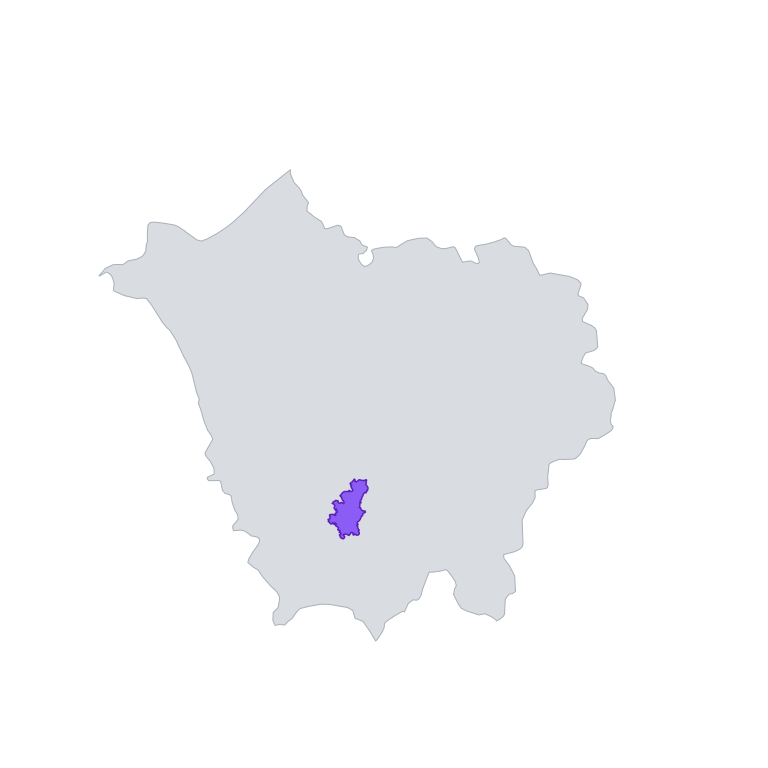 Svietlahorsk, Gomel, Belarus shown in context, rotated 58°
{"feature_id": "67162791B63369954237676", "entity_name": "Svietlahorsk", "entity_type": "district", "adm_level": 2, "iso_a3": "BLR", "parent_name": "Belarus", "parent_adm1": "Gomel", "projection": "albers", "projection_center": [29.503, 52.681], "detail": "fine", "context": "in_parent", "style": "filled", "palette": "violet", "viewbox_px": 768, "rotation_deg": 58, "n_neighbors": 0, "source": "geoboundaries", "source_scale": "gbopen_adm2", "svg_char_len": 9580}
<svg xmlns="http://www.w3.org/2000/svg" viewBox="0 0 768 768"><g transform="rotate(58 384 384)"><path d="M597.5,527.3L586.9,527.0L574.3,527.6L567.3,532.7L559.6,530.5L554.2,533.4L541.9,547.2L537.1,554.6L532.6,566.0L529.9,574.4L531.5,580.2L534.0,585.6L534.6,591.5L535.8,596.1L532.7,599.5L531.0,604.3L525.6,603.5L519.0,599.0L517.5,592.3L512.5,587.7L509.1,585.3L503.7,585.0L495.0,587.2L483.6,589.0L475.0,589.4L470.3,591.8L463.3,594.1L460.6,591.3L456.8,583.8L453.7,576.2L451.5,572.9L449.7,571.9L447.4,572.1L444.7,574.5L442.7,576.9L435.4,579.7L432.3,582.4L428.7,589.3L426.4,588.8L424.0,587.2L421.4,579.3L417.6,577.5L411.6,577.3L404.2,575.6L398.2,573.1L396.0,573.6L392.3,576.9L388.4,577.3L379.9,574.1L378.2,575.4L373.1,583.9L370.8,584.2L369.5,583.1L370.4,575.7L365.5,572.9L357.2,572.3L351.3,573.2L348.4,572.8L347.0,571.3L340.2,558.6L336.5,557.7L329.7,558.1L319.7,556.2L308.3,552.9L302.0,551.6L298.8,548.7L291.8,547.4L273.0,541.2L265.3,539.9L253.9,539.2L236.5,537.1L225.4,537.1L220.1,538.5L214.1,539.2L193.3,539.3L185.8,540.1L183.5,542.6L180.7,548.2L171.4,557.4L162.6,563.4L161.0,563.8L156.4,560.0L152.5,558.5L147.8,557.7L144.3,558.6L142.0,560.0L141.7,567.7L141.2,568.3L138.3,559.0L139.2,550.8L141.7,546.2L144.5,542.2L144.0,535.8L147.1,527.6L147.6,521.6L146.8,518.8L145.1,515.7L140.0,511.9L137.9,509.1L130.9,504.9L124.2,500.0L123.2,497.2L123.7,495.4L125.2,492.7L131.3,485.1L137.9,477.7L141.9,474.8L162.7,466.3L166.1,463.0L167.3,457.0L167.9,444.9L167.6,433.8L166.7,426.0L164.0,411.4L156.2,381.1L152.7,350.0L156.5,352.1L165.7,353.5L173.2,352.0L177.0,352.0L180.4,352.9L190.2,351.9L192.4,354.9L196.5,357.6L205.3,354.7L213.1,350.9L220.9,351.9L222.2,349.9L224.8,339.1L227.3,336.9L236.5,338.6L240.1,336.8L244.0,331.7L249.7,328.7L254.3,329.0L259.2,325.5L261.4,328.1L262.3,332.7L260.5,336.2L261.2,337.6L264.4,339.6L270.1,339.8L273.8,338.5L274.7,336.5L274.9,332.8L274.2,329.3L271.9,326.2L267.5,324.4L264.4,324.1L264.0,322.2L265.2,318.2L268.4,310.8L272.2,304.2L274.4,301.8L274.9,299.4L274.7,295.3L275.0,287.9L278.6,277.7L283.0,270.2L288.6,267.9L295.3,266.9L299.8,263.4L302.1,259.2L304.2,252.6L306.4,251.4L322.3,252.9L325.0,246.3L326.4,244.5L329.6,242.7L331.8,240.4L331.1,238.5L327.0,237.2L317.5,235.8L315.7,233.5L316.4,230.8L319.2,224.1L322.0,215.3L323.5,208.5L323.8,204.5L325.3,203.4L333.0,202.5L335.7,201.2L342.6,192.1L347.7,190.7L360.7,193.5L366.7,193.5L374.3,194.3L374.9,193.4L377.9,184.3L391.1,169.7L398.0,164.7L402.4,163.7L403.9,164.0L410.6,172.0L412.2,172.3L416.8,169.1L424.8,168.9L428.4,171.7L433.6,181.3L436.3,182.5L444.0,177.2L448.3,175.5L451.1,175.5L465.7,183.0L466.7,185.4L466.8,188.2L464.5,196.9L467.6,202.3L471.1,205.9L478.6,199.9L481.4,198.3L484.4,198.2L488.4,195.9L491.4,192.6L494.2,191.4L499.5,192.2L509.2,191.3L520.6,196.4L521.6,198.0L527.3,204.1L529.4,207.1L531.3,208.1L534.3,211.0L538.4,212.9L541.2,212.2L542.6,213.2L543.9,215.6L544.1,219.6L543.9,231.1L539.9,237.3L539.4,239.4L539.6,241.9L543.0,246.8L547.3,254.5L548.4,259.0L548.5,262.3L542.9,272.3L541.0,274.7L539.8,279.6L539.2,284.6L539.6,286.6L549.4,294.3L556.7,298.4L558.4,300.5L558.5,301.8L554.9,310.3L554.6,312.6L560.4,316.0L563.7,321.4L566.8,330.4L572.5,338.9L593.4,350.9L595.3,353.1L596.0,355.8L595.5,361.7L592.1,373.1L595.7,374.7L604.8,373.9L616.0,374.9L629.6,382.4L629.8,385.9L628.6,389.2L629.6,392.6L631.2,395.5L643.2,403.9L644.4,406.4L644.8,410.8L644.6,413.9L641.4,414.7L637.9,416.4L632.2,420.4L630.1,425.9L620.9,433.7L615.2,437.3L610.5,437.6L599.3,436.5L595.3,432.9L593.5,429.6L589.2,428.2L583.5,428.3L575.7,429.1L574.1,430.1L572.9,434.3L569.8,441.4L567.5,445.5L577.8,459.2L583.0,464.8L584.7,468.2L584.7,470.8L582.4,473.8L583.0,479.7L588.1,487.4L586.5,488.7L586.3,498.3L586.6,508.6L588.0,511.0L590.7,513.0L593.1,516.6L597.1,525.1L597.5,527.3Z" fill="#d9dde1" stroke="#a8b0b8" stroke-width="1"/><path d="M465.7,454.5L465.0,454.2L464.6,453.5L464.3,453.1L463.6,452.6L463.0,452.5L462.0,452.5L461.0,452.5L460.4,452.6L459.4,452.5L458.9,452.0L458.4,451.3L457.8,451.1L457.1,450.9L456.9,450.3L456.6,449.9L456.1,449.7L455.8,449.8L455.6,450.3L455.6,450.7L455.5,451.2L455.2,451.7L455.1,452.3L454.9,452.8L454.4,453.4L453.7,454.1L453.3,454.5L452.7,455.1L452.3,455.6L452.0,456.0L452.0,456.5L452.3,457.0L452.4,457.5L452.3,457.9L452.3,458.5L452.4,459.0L452.2,459.3L451.9,459.7L451.5,460.1L451.1,460.2L450.7,459.9L450.4,459.4L450.0,459.3L449.4,459.5L449.0,459.6L449.3,460.5L449.8,461.8L450.0,462.6L450.2,463.1L450.3,463.8L450.2,464.4L450.3,465.3L450.6,465.5L451.1,465.6L451.4,465.6L451.7,465.6L452.0,465.3L452.4,465.1L452.6,465.1L452.6,465.6L452.8,466.1L453.2,466.2L453.6,466.2L454.0,466.3L454.3,466.5L454.7,466.7L455.2,466.5L455.8,466.6L456.5,466.6L457.0,466.6L457.4,466.7L457.7,466.9L458.0,467.3L458.1,467.8L457.8,468.3L457.6,468.7L457.5,469.4L457.1,469.9L456.7,469.9L456.4,469.6L456.0,469.7L455.8,470.0L455.9,470.5L456.2,471.0L456.0,471.8L455.6,472.4L455.0,473.2L454.6,473.8L454.3,474.6L454.1,475.6L454.2,476.3L454.3,476.8L454.5,477.6L454.6,478.0L454.8,478.4L455.0,478.7L455.3,479.0L455.3,479.3L455.2,479.6L455.2,480.0L455.3,480.3L455.6,480.4L456.1,480.5L456.4,480.3L456.7,480.2L457.3,479.9L457.6,480.1L458.0,480.3L458.4,480.3L458.8,480.4L459.1,480.5L459.6,480.5L459.9,480.6L460.3,480.7L460.7,480.7L460.9,480.6L461.4,480.4L461.7,480.5L462.0,480.5L462.3,480.5L462.9,480.4L463.2,480.5L463.5,480.7L463.8,481.0L463.9,481.3L463.9,481.8L463.4,482.1L462.7,482.3L462.2,482.5L461.9,482.9L461.7,483.3L461.7,483.7L461.8,484.0L461.9,484.3L461.4,485.0L461.2,485.2L460.9,485.4L460.2,485.5L459.8,485.5L459.5,485.3L459.2,485.0L458.8,484.9L458.5,485.2L458.3,485.4L458.1,485.7L457.7,486.0L457.3,486.3L457.1,486.8L457.2,487.1L457.5,487.4L457.4,487.8L457.1,488.3L457.1,489.0L457.1,489.4L457.2,489.9L457.6,490.2L457.9,490.6L457.9,491.0L458.6,490.7L459.0,490.4L459.6,490.1L460.1,490.0L460.8,490.1L461.2,490.2L461.6,490.8L462.0,491.3L462.5,491.8L462.9,492.1L463.3,492.2L463.7,492.1L464.0,491.8L464.3,491.6L464.5,491.1L464.8,490.6L465.1,490.7L465.2,491.1L465.2,491.6L465.3,492.0L465.8,492.2L466.2,491.9L466.5,491.4L466.8,491.1L467.1,491.1L467.5,491.5L468.0,491.9L468.0,492.2L467.9,492.5L467.9,492.8L467.9,493.4L467.9,493.7L468.0,494.1L468.5,494.2L468.9,494.2L469.4,494.3L469.8,494.6L469.8,494.8L469.4,495.2L469.2,495.3L468.5,495.7L468.0,496.0L467.6,496.3L467.3,496.7L467.1,497.1L466.7,497.7L466.6,498.2L466.3,498.6L466.1,499.1L466.3,499.6L466.8,499.9L467.8,500.3L468.4,500.4L469.0,500.8L469.4,501.1L469.6,501.6L469.5,502.1L469.4,502.5L469.2,502.8L469.4,503.3L469.7,503.3L470.1,503.0L470.4,503.0L470.7,503.3L470.9,503.8L471.1,504.1L471.5,504.0L471.8,503.8L472.0,503.5L472.5,503.5L473.0,503.6L473.7,503.5L474.5,503.3L474.8,502.8L474.8,502.5L475.0,502.1L474.9,501.9L474.6,501.4L474.5,501.0L474.7,500.6L474.9,500.4L475.3,500.2L475.6,500.3L475.9,500.5L476.2,500.7L476.4,500.8L476.7,500.7L476.7,500.4L476.6,500.1L476.4,499.9L476.2,499.2L476.2,498.9L476.6,498.7L477.2,498.7L477.5,498.8L477.8,499.0L477.9,499.4L478.0,499.7L478.6,500.1L478.9,500.0L479.3,499.7L479.8,499.5L480.6,499.2L481.3,498.8L481.6,498.9L482.0,499.1L482.4,499.5L482.7,500.0L482.9,500.3L483.3,500.3L483.7,500.2L484.0,500.0L484.3,499.8L484.4,499.6L484.5,499.4L484.7,499.0L484.9,499.0L485.2,499.1L485.5,499.4L485.7,499.9L485.7,500.2L486.0,500.5L486.3,500.2L486.6,500.0L487.0,499.8L487.3,499.8L487.6,499.8L487.9,499.8L488.3,499.6L488.5,500.0L488.4,500.3L488.5,500.9L488.3,501.2L488.1,501.5L488.3,501.7L488.9,501.8L489.3,501.8L489.9,502.0L490.4,502.1L491.0,502.1L491.4,502.1L491.7,501.9L492.3,501.8L492.9,501.4L493.1,501.1L493.4,500.8L493.7,500.5L493.7,500.1L493.6,499.4L493.1,498.8L492.8,498.5L492.5,498.2L492.2,498.1L491.8,498.2L491.4,498.5L490.8,498.7L490.3,498.2L490.3,497.4L490.4,497.2L490.6,496.6L491.0,496.1L491.4,495.7L491.7,495.4L491.9,495.2L492.2,494.9L492.5,494.7L493.0,494.5L493.4,494.4L493.8,494.0L493.8,493.6L493.5,492.9L493.2,492.3L493.2,491.7L492.9,491.4L492.5,491.0L492.5,490.6L492.7,490.3L493.1,489.8L493.5,489.5L494.1,489.1L494.4,489.0L494.7,489.2L494.8,489.8L495.3,490.0L495.9,490.0L496.1,489.6L495.9,489.2L495.8,488.4L496.2,488.0L496.6,487.8L497.1,487.7L497.8,487.3L498.0,486.8L498.1,486.3L498.4,485.7L498.2,485.2L498.1,484.7L497.9,484.3L497.5,484.0L496.8,483.8L496.2,483.7L495.6,483.8L495.2,483.5L495.0,482.9L494.7,482.5L494.2,482.7L493.8,482.8L493.4,482.7L493.0,482.5L492.5,482.6L492.0,482.5L491.5,482.1L491.2,481.9L490.7,481.9L490.3,482.0L490.1,482.2L489.6,482.1L489.1,481.8L489.2,481.4L489.5,481.0L489.5,480.6L489.1,480.4L488.8,480.4L488.3,480.4L487.5,480.2L487.2,480.0L487.0,479.6L487.0,479.1L487.0,478.7L486.9,478.0L486.8,477.5L486.6,476.9L486.4,476.4L486.1,475.9L485.8,475.4L485.3,474.7L484.9,474.2L484.6,473.8L484.3,473.4L484.3,472.9L484.3,472.4L484.1,471.8L483.6,471.4L483.3,471.1L482.8,470.4L482.7,470.0L482.6,469.5L482.9,469.0L482.9,468.4L482.9,467.8L482.7,467.6L482.3,467.5L481.7,467.4L481.5,467.6L481.3,467.8L481.1,468.5L480.8,468.6L480.5,468.7L480.3,469.1L480.1,469.4L479.8,469.5L479.6,469.6L479.1,469.7L478.6,469.8L478.2,469.9L477.6,469.8L477.1,469.6L476.7,469.5L476.3,469.7L476.1,470.1L475.9,470.3L475.3,470.1L475.1,469.7L474.9,469.4L474.7,469.2L474.3,468.9L473.8,468.7L473.5,468.5L473.3,468.3L473.2,468.1L472.7,467.9L472.3,467.7L472.2,467.5L472.3,467.2L472.4,466.9L472.4,466.7L472.5,466.6L472.2,466.2L471.9,466.1L471.6,466.4L471.4,466.5L471.0,466.5L470.7,466.4L470.5,466.2L470.4,466.0L470.1,465.6L470.1,465.1L470.1,464.7L469.9,464.2L469.5,463.9L469.1,463.5L468.7,463.0L468.4,462.8L467.9,461.8L467.7,461.4L467.5,461.1L467.2,460.7L466.7,460.3L466.5,459.8L466.4,459.5L466.1,459.0L465.9,458.3L465.9,457.7L466.3,457.3L466.7,457.0L466.7,456.7L466.2,456.3L465.9,456.1L465.8,455.9L465.7,455.2L465.7,454.5Z" fill="#8b5cf6" stroke="#5b21b6" stroke-width="1.5"/></g></svg>